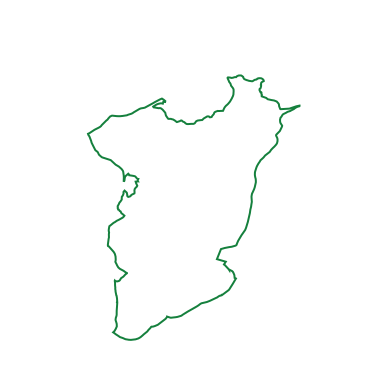 Papiu Ilarian, Mures, Romania (Equal Earth projection), rotated 152°
{"feature_id": "2599482B30644499185341", "entity_name": "Papiu Ilarian", "entity_type": "district", "adm_level": 2, "iso_a3": "ROU", "parent_name": "Romania", "parent_adm1": "Mures", "projection": "equal_earth", "projection_center": [24.217, 46.568], "detail": "fine", "context": "isolated", "style": "outline", "palette": "green", "viewbox_px": 384, "rotation_deg": 152, "n_neighbors": 0, "source": "geoboundaries", "source_scale": "gbopen_adm2", "svg_char_len": 5966}
<svg xmlns="http://www.w3.org/2000/svg" viewBox="0 0 384 384"><g transform="rotate(152 192 192)"><path d="M174.7,288.6L177.1,288.8L182.9,288.8L184.5,288.7L194.0,288.6L195.5,289.0L197.8,289.8L199.3,290.0L206.2,289.7L207.5,289.5L209.0,289.6L212.1,290.2L213.5,290.3L217.5,291.7L219.7,292.6L221.3,293.4L223.1,294.5L226.2,296.6L226.9,297.0L228.9,297.1L231.4,296.2L232.5,295.6L234.2,295.3L240.4,293.4L241.4,292.9L242.3,292.7L244.0,292.6L248.8,292.7L255.0,292.1L256.5,292.2L256.7,291.1L256.5,289.2L257.1,284.3L257.5,282.7L257.6,279.4L257.7,274.3L256.6,271.8L256.5,271.3L256.6,269.3L256.6,268.5L255.6,265.8L255.1,264.8L248.8,258.3L246.6,252.0L244.6,248.7L243.4,245.4L243.1,243.4L243.1,242.9L243.2,242.3L244.5,238.7L245.4,236.8L247.1,233.8L246.7,233.5L246.3,233.8L244.8,235.9L243.7,237.1L239.7,238.1L239.4,236.9L239.6,236.3L236.4,233.9L235.1,232.8L234.7,232.1L234.3,230.1L234.0,229.2L233.3,228.7L234.9,227.3L234.8,226.7L236.1,227.3L236.9,227.6L237.2,226.2L237.4,223.2L238.3,222.6L239.8,222.2L241.2,221.5L242.1,220.4L242.8,218.8L243.5,217.8L246.8,217.9L248.1,217.3L248.9,217.2L250.6,217.6L251.0,218.5L250.9,219.2L250.5,219.9L249.9,222.1L250.9,224.9L252.5,224.2L253.2,222.7L254.7,221.4L256.2,220.7L257.2,219.1L257.3,218.8L257.6,218.3L259.6,217.2L261.0,216.7L262.5,215.5L264.3,214.4L264.4,214.2L264.6,213.3L265.0,213.0L265.2,212.6L265.4,211.2L265.0,211.0L264.7,209.0L264.2,208.5L264.2,207.5L264.3,206.4L263.6,205.0L262.8,202.8L264.3,202.1L265.5,201.9L269.6,201.8L272.0,201.9L274.1,201.6L275.7,201.6L279.7,200.8L281.0,200.6L282.4,198.9L283.3,197.6L283.8,196.7L284.2,195.2L285.2,193.8L286.7,190.8L287.6,189.8L291.0,185.0L291.4,184.2L291.5,184.0L291.5,183.6L291.0,183.1L289.3,176.0L289.2,174.6L289.2,173.4L289.8,170.9L291.0,168.3L291.9,166.9L292.4,166.4L292.5,165.9L292.5,163.9L292.6,162.4L292.5,160.0L291.8,158.1L289.8,155.1L289.3,154.3L288.3,152.2L287.5,151.0L287.6,150.8L289.5,150.5L292.3,149.5L295.0,149.2L295.8,148.8L296.9,148.1L297.7,147.8L298.6,147.8L299.8,148.1L300.7,148.6L301.6,149.6L301.7,150.0L301.9,149.8L302.6,147.9L303.7,145.8L304.7,143.4L305.3,142.4L305.8,140.9L306.3,139.8L307.4,136.1L307.3,135.8L308.2,133.2L309.7,129.9L310.0,130.0L310.1,129.9L310.2,129.6L310.1,129.1L314.3,122.4L316.2,118.9L317.0,117.9L318.3,116.7L319.4,115.2L319.7,114.4L320.0,112.6L320.4,110.9L321.5,108.6L323.5,107.0L325.1,106.0L325.8,105.6L327.5,105.1L326.9,104.0L326.0,102.0L324.5,99.3L323.7,97.7L321.7,95.6L319.9,93.3L316.9,91.0L315.1,90.0L311.0,88.4L308.2,87.9L307.2,87.9L305.5,88.0L302.7,88.6L301.7,88.9L297.1,89.8L296.6,90.0L295.1,90.7L292.8,91.4L291.3,92.1L290.9,92.1L289.8,91.5L287.9,91.1L284.5,90.8L274.9,92.4L272.8,93.3L272.5,93.7L270.5,91.6L269.7,90.9L264.9,89.0L263.3,88.5L259.8,87.8L258.9,87.8L258.0,88.0L252.0,88.4L241.5,88.7L239.3,88.9L237.7,89.2L236.5,89.3L235.9,89.3L230.6,87.9L227.3,87.5L220.6,87.2L219.5,87.1L217.9,87.3L216.8,87.4L215.8,87.3L215.5,87.2L215.3,87.0L214.0,87.2L213.9,86.9L206.1,88.1L205.0,88.4L199.2,91.7L193.8,95.0L194.1,95.5L194.7,96.1L193.6,98.8L193.4,100.9L193.4,102.4L193.7,103.3L195.6,106.1L195.8,105.7L195.9,106.7L196.9,110.5L197.3,112.0L197.8,113.0L194.9,114.6L201.5,121.0L193.2,128.0L189.4,127.2L185.4,126.0L182.6,125.0L178.8,124.2L178.3,124.2L177.3,124.5L176.8,125.1L174.2,127.2L168.6,130.6L162.9,133.5L161.1,135.0L156.8,139.3L150.8,146.2L148.7,149.1L146.8,151.2L145.5,153.0L143.8,155.2L142.1,159.0L141.5,160.2L140.1,162.0L139.5,162.6L139.0,162.9L135.9,165.3L134.4,166.7L131.9,169.6L131.0,170.7L130.2,172.3L129.6,173.7L129.3,175.1L128.7,177.0L128.3,177.9L127.2,179.8L126.3,180.8L123.4,183.6L122.1,184.6L119.9,186.0L118.1,186.9L116.5,187.9L114.8,188.3L112.6,188.9L110.3,189.9L104.6,190.9L102.3,192.1L99.9,192.9L98.0,193.4L95.3,194.4L94.0,195.2L92.6,196.8L92.0,197.9L91.7,198.5L91.4,199.6L91.3,202.1L91.1,202.7L90.5,203.1L85.8,204.6L82.1,207.3L81.3,208.1L81.3,208.9L81.5,211.3L81.3,212.4L80.4,214.4L79.0,216.0L77.7,216.5L75.9,217.6L75.3,217.8L74.7,217.9L71.7,217.8L70.0,217.9L67.8,217.5L67.0,217.4L66.2,217.5L63.2,217.4L61.7,217.7L60.0,217.8L58.7,217.7L56.9,217.3L56.6,217.5L56.5,217.8L59.7,218.7L66.9,219.9L71.3,221.9L74.8,223.5L75.1,223.8L75.1,224.3L74.8,226.8L74.1,228.6L74.1,229.6L74.5,231.2L74.7,232.1L76.6,234.3L78.7,235.9L81.6,238.4L82.3,240.2L85.5,243.7L85.2,244.1L85.2,244.5L84.8,244.8L84.6,245.3L84.7,246.2L84.6,246.4L84.3,246.6L84.0,247.2L84.0,247.6L84.7,248.0L84.6,250.1L84.4,250.6L83.8,251.3L83.0,251.3L81.9,252.3L81.4,252.9L81.1,253.3L80.9,253.8L81.0,254.2L80.5,254.6L80.3,254.8L80.2,255.2L79.5,256.0L78.3,256.3L76.6,256.2L76.4,256.6L76.3,257.5L76.7,258.8L77.6,260.0L79.5,261.1L80.1,261.1L80.7,261.4L81.1,261.4L81.7,261.1L82.1,261.2L82.6,261.1L83.2,261.4L84.1,261.6L86.4,261.4L86.8,261.5L87.5,261.9L87.7,262.1L88.4,262.6L89.6,263.5L90.6,264.6L91.2,265.1L92.8,267.1L92.9,267.5L93.0,269.0L92.8,269.4L92.8,269.7L93.5,271.2L93.9,271.8L94.2,272.0L95.7,272.8L96.3,273.0L98.1,273.1L99.1,272.7L100.2,273.3L101.0,273.5L102.3,273.7L103.8,274.3L104.3,274.9L106.4,276.3L106.9,276.2L107.2,275.5L107.3,273.1L107.5,271.8L107.2,270.1L107.2,269.3L107.6,267.6L107.1,264.7L107.1,263.2L107.9,261.5L109.7,258.6L110.8,257.5L113.1,255.8L116.0,254.0L118.7,252.9L120.1,252.5L121.5,252.2L123.2,251.5L124.2,250.9L126.5,249.1L130.7,251.1L131.2,251.5L133.3,251.8L134.4,251.8L135.0,251.6L135.6,251.1L135.9,250.8L136.5,250.4L138.2,249.8L139.5,249.0L140.8,249.4L141.3,249.7L141.4,250.4L141.9,251.0L143.1,251.6L147.2,251.4L149.0,250.8L149.4,250.8L149.9,251.1L153.3,252.4L154.4,252.5L155.1,252.5L157.3,251.4L158.1,251.4L158.8,251.5L161.1,252.7L162.7,253.4L164.1,254.1L164.7,254.5L165.5,255.7L165.9,257.1L167.0,258.5L167.3,259.2L167.4,259.7L168.0,260.3L169.5,260.3L172.4,260.8L172.6,260.9L173.7,263.4L174.8,265.1L175.6,265.7L176.3,266.5L178.4,267.6L178.7,268.0L179.1,271.4L179.0,272.3L178.4,274.6L179.3,278.6L180.3,280.7L181.2,281.3L182.2,281.7L185.1,284.0L186.0,284.6L186.2,285.1L186.2,285.6L182.5,285.9L180.5,285.7L178.3,285.1L177.3,284.6L176.3,283.7L175.0,285.1L173.5,284.1L172.9,284.8L173.7,286.8L174.7,288.6Z" fill="none" stroke="#15803d" stroke-width="2"/></g></svg>